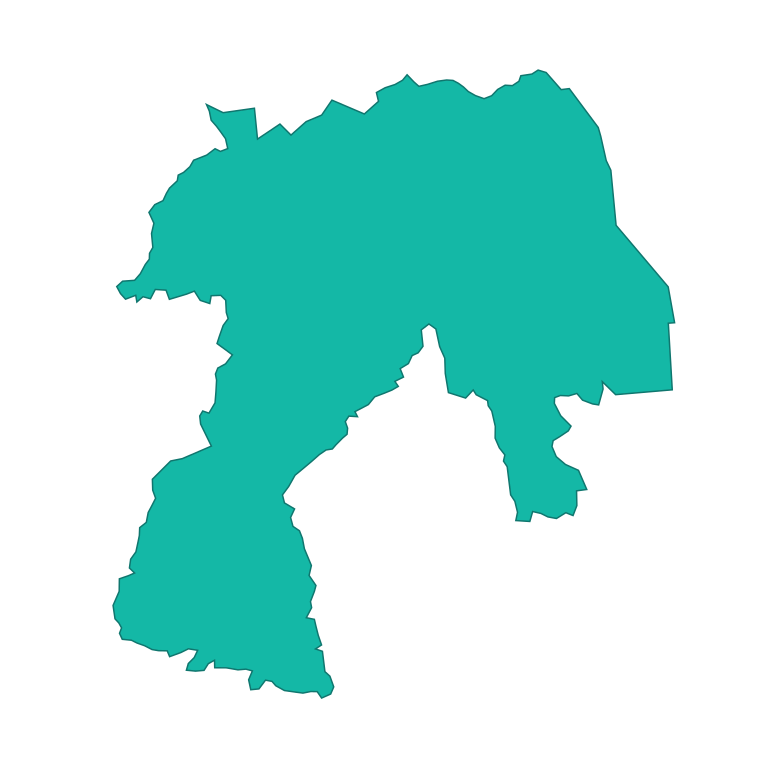 outline of Sinimbu, Rio Grande do Sul, Brazil, rotated 263°
{"feature_id": "56859067B40760381762709", "entity_name": "Sinimbu", "entity_type": "district", "adm_level": 2, "iso_a3": "BRA", "parent_name": "Brazil", "parent_adm1": "Rio Grande do Sul", "projection": "orthographic", "projection_center": [-52.601, -29.445], "detail": "fine", "context": "isolated", "style": "filled", "palette": "teal", "viewbox_px": 768, "rotation_deg": 263, "n_neighbors": 0, "source": "geoboundaries", "source_scale": "gbopen_adm2", "svg_char_len": 3464}
<svg xmlns="http://www.w3.org/2000/svg" viewBox="0 0 768 768"><g transform="rotate(263 384 384)"><path d="M499.7,137.8L502.3,148.4L495.5,148.7L500.0,155.4L497.1,162.6L505.7,168.5L503.7,179.1L494.2,181.3L497.3,199.2L499.3,207.1L489.4,211.8L485.1,220.9L492.7,223.2L491.9,232.8L486.4,237.1L474.1,236.2L467.9,237.3L461.7,231.5L451.6,226.5L444.5,223.2L440.2,227.8L431.4,237.1L423.3,229.2L420.1,221.0L414.4,217.9L408.3,218.3L396.5,216.2L385.9,214.0L376.4,206.7L379.3,200.8L374.7,197.2L366.6,197.1L343.4,205.1L334.5,174.7L333.6,162.9L317.7,142.5L306.8,141.5L298.4,143.4L291.6,138.8L285.2,134.3L275.6,131.2L271.2,124.0L263.4,122.7L257.4,120.7L247.6,117.3L241.0,111.2L232.4,108.9L226.8,113.4L224.8,106.6L222.9,97.6L210.5,95.9L197.2,88.1L183.7,88.4L179.1,91.7L173.9,93.8L168.8,91.1L162.5,93.1L160.5,102.0L157.0,107.3L153.4,114.5L148.7,121.4L146.8,127.7L145.6,136.3L139.5,138.0L142.2,149.6L145.0,157.6L142.4,166.6L135.6,162.3L130.4,155.7L124.0,153.0L122.0,162.0L121.7,170.5L127.8,175.5L130.5,182.1L123.0,181.4L121.5,193.0L118.1,204.2L117.8,212.2L115.3,218.4L106.9,213.6L96.8,214.5L96.6,222.7L104.5,230.3L102.5,236.6L97.7,239.8L91.9,247.8L88.8,259.3L87.1,265.9L87.7,273.9L86.8,280.2L79.9,283.8L82.8,293.3L89.5,297.2L100.6,294.7L105.7,290.3L114.5,290.3L126.2,290.3L129.4,283.7L132.6,290.2L142.6,288.1L152.1,286.9L158.9,286.2L161.5,278.4L170.8,284.9L177.0,284.5L186.6,289.6L192.3,291.9L203.1,286.3L212.7,289.8L230.2,284.9L240.8,284.2L248.6,282.2L253.8,276.3L262.9,275.0L270.9,280.0L278.1,270.7L286.3,269.7L294.0,277.0L304.3,284.6L309.8,293.2L315.7,302.3L321.8,311.2L325.6,318.5L325.8,324.8L329.6,329.0L335.3,336.2L338.6,341.2L344.6,342.5L351.4,341.0L356.4,345.2L354.8,353.7L360.1,351.8L365.5,366.0L372.4,373.2L374.9,383.4L377.0,391.1L379.9,397.9L385.3,395.1L388.5,404.2L397.3,401.9L401.3,410.7L408.8,415.4L410.8,421.7L416.7,427.3L433.2,427.6L438.1,435.9L432.3,442.2L414.3,443.8L402.2,447.5L387.0,446.1L367.6,446.9L360.1,463.3L367.2,471.8L362.1,474.2L354.9,484.8L349.7,484.8L344.0,487.7L328.4,489.3L316.7,487.7L306.6,490.7L298.9,495.3L292.9,493.2L286.9,496.2L270.2,496.2L258.5,496.2L251.6,499.6L240.4,500.9L232.4,498.2L229.8,512.0L239.3,516.0L236.4,524.0L232.1,530.5L229.5,538.8L234.1,548.8L230.4,555.6L239.8,560.6L254.5,562.1L254.6,572.4L274.6,566.5L282.0,554.3L290.9,546.1L301.5,543.1L307.2,545.0L310.2,551.7L315.0,561.2L319.4,564.5L331.0,555.5L344.0,550.7L349.7,551.7L351.1,557.6L349.7,565.8L351.1,574.3L343.8,579.1L338.8,588.6L337.1,594.5L352.3,600.8L359.7,601.0L345.2,612.6L343.1,669.4L409.7,673.6L409.4,679.9L445.8,677.9L513.2,633.7L568.5,635.2L578.6,631.8L603.6,629.3L612.5,627.9L654.6,603.9L654.6,595.7L673.4,582.9L676.8,575.2L673.6,568.6L673.3,557.4L668.0,554.8L664.5,547.8L665.8,540.6L662.5,532.7L657.0,526.0L655.0,518.1L659.1,509.9L664.0,503.3L669.1,499.1L673.4,494.5L676.9,489.5L678.1,483.2L678.0,474.0L676.1,463.8L675.2,454.9L680.2,450.5L688.1,444.6L683.2,439.4L679.9,431.4L677.9,421.2L674.2,412.0L665.2,413.0L654.4,397.4L672.1,366.9L658.5,354.9L653.9,338.7L642.4,322.0L654.7,312.4L642.5,288.3L673.5,289.0L672.9,257.4L683.0,241.9L676.1,243.9L666.9,244.6L660.3,249.1L654.5,252.4L646.8,256.6L636.7,257.6L634.8,250.0L638.1,245.0L632.8,235.9L629.3,222.3L623.3,217.8L618.4,210.8L616.4,205.2L610.9,203.6L604.6,195.0L599.8,191.3L592.9,187.0L590.0,178.4L583.0,171.6L571.6,175.2L561.7,171.6L547.7,171.2L542.3,167.2L536.5,166.3L531.8,161.7L523.2,155.6L517.3,149.1L517.9,137.1L513.3,130.6L505.8,133.5L499.7,137.8Z" fill="#14b8a6" stroke="#0f766e" stroke-width="1.5"/></g></svg>